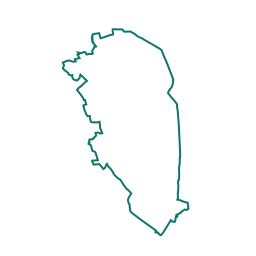 the district of Stroiesti, Suceava, Romania, rotated 197°
{"feature_id": "2599482B39658713506710", "entity_name": "Stroiesti", "entity_type": "district", "adm_level": 2, "iso_a3": "ROU", "parent_name": "Romania", "parent_adm1": "Suceava", "projection": "equal_earth", "projection_center": [26.132, 47.616], "detail": "fine", "context": "isolated", "style": "outline", "palette": "teal", "viewbox_px": 256, "rotation_deg": 197, "n_neighbors": 0, "source": "geoboundaries", "source_scale": "gbopen_adm2", "svg_char_len": 5604}
<svg xmlns="http://www.w3.org/2000/svg" viewBox="0 0 256 256"><g transform="rotate(197 128 128)"><path d="M127.0,214.5L130.7,215.5L131.5,215.5L134.3,216.2L138.3,217.1L140.5,217.8L143.6,218.1L145.8,218.6L146.4,218.7L147.8,219.4L148.5,219.7L149.8,220.1L150.8,220.3L151.9,220.5L153.8,220.9L154.5,220.8L157.1,219.9L158.8,219.3L160.0,219.0L160.7,219.6L161.5,220.1L162.1,220.5L162.4,220.5L163.3,220.4L166.9,219.2L168.2,218.9L171.3,218.1L171.5,217.8L171.5,217.5L169.8,213.6L169.6,213.1L172.7,211.4L173.4,210.8L174.5,210.0L177.5,207.8L180.5,205.8L183.3,210.2L185.9,209.0L189.1,207.3L189.1,207.2L189.1,206.9L188.9,206.7L189.1,205.8L189.2,205.6L189.1,205.3L189.0,205.2L189.1,204.8L188.7,204.5L188.6,204.3L188.5,204.2L188.8,204.0L188.9,203.7L188.9,203.4L188.9,203.2L188.7,203.0L188.5,202.5L188.3,202.4L188.2,202.5L187.9,202.5L187.6,202.0L187.6,201.7L187.7,201.3L187.7,201.2L187.8,201.1L187.7,200.9L187.4,201.0L187.1,200.7L187.3,200.3L187.3,200.1L187.2,200.0L187.1,199.9L186.8,200.0L186.6,199.9L186.6,199.7L186.4,199.2L186.0,199.0L183.6,197.5L182.3,196.5L182.4,196.4L182.8,196.3L183.1,196.2L183.3,196.1L183.5,196.2L183.7,196.4L183.9,196.4L184.0,196.3L184.0,196.0L184.0,195.8L183.8,195.2L183.9,194.5L184.2,193.5L184.6,191.6L184.7,190.9L184.7,190.7L184.5,190.3L183.5,189.1L183.7,188.6L183.9,188.3L184.2,188.1L185.4,187.9L187.2,187.4L188.2,186.6L188.8,186.3L189.2,186.2L190.2,187.4L190.6,187.7L191.0,187.8L191.3,187.9L192.0,187.9L192.3,187.8L192.7,187.4L192.9,187.2L193.5,186.8L194.3,186.4L194.7,186.0L195.0,185.8L195.3,185.7L195.8,185.7L197.9,185.6L196.5,184.2L197.7,183.3L194.8,180.7L198.9,178.2L197.5,176.4L199.5,175.5L200.2,175.3L203.9,175.3L204.4,175.3L204.6,175.2L205.0,175.0L206.5,173.9L209.4,171.6L207.9,169.8L207.7,169.5L207.5,168.9L207.5,168.7L207.5,168.4L207.7,167.7L207.7,167.2L207.7,166.8L207.5,165.8L206.7,165.3L206.0,165.0L205.4,164.6L205.2,164.6L204.4,164.5L204.2,164.4L203.7,164.1L202.6,163.7L201.9,163.3L201.1,163.0L201.0,162.8L200.9,162.4L200.7,162.2L200.2,161.9L198.9,161.6L198.0,161.5L197.6,161.8L196.7,162.3L196.5,161.6L195.7,159.7L195.3,159.2L194.2,158.6L193.3,158.4L191.3,158.5L190.8,158.8L190.6,158.6L190.0,159.4L189.1,161.3L189.0,162.1L189.1,165.1L181.0,161.1L181.0,160.9L181.2,160.6L181.6,160.3L182.3,159.4L183.1,157.7L184.3,155.9L184.7,155.0L185.7,153.4L186.6,152.4L187.0,151.7L187.3,151.0L187.9,149.4L187.3,149.2L183.9,146.7L181.3,144.8L179.3,143.0L178.3,141.7L177.3,142.2L174.8,138.4L176.8,137.1L177.2,136.4L177.2,136.2L176.3,134.7L176.0,134.1L175.0,132.7L174.2,131.7L172.9,130.2L171.9,128.9L170.4,127.7L170.1,127.5L168.2,128.4L167.6,127.3L166.6,125.2L166.1,124.3L165.4,123.4L165.2,123.0L164.2,123.0L162.9,123.2L162.3,123.4L161.5,123.8L160.8,123.8L160.0,124.0L158.9,124.5L157.0,125.6L155.4,121.9L155.1,120.9L154.8,120.3L154.6,119.8L151.1,115.5L153.0,114.5L155.0,115.0L156.1,114.6L157.2,113.8L157.6,113.7L156.2,111.5L157.4,109.4L157.4,108.7L157.8,108.1L158.2,107.4L158.5,107.6L158.9,106.6L159.6,106.3L160.3,106.1L161.4,105.9L161.4,104.7L161.3,102.9L160.5,102.7L161.1,101.3L158.4,100.6L158.3,100.4L155.5,95.9L152.6,95.5L152.3,95.4L151.9,95.0L147.4,88.4L152.7,86.3L152.6,85.9L150.2,83.0L144.7,85.1L139.5,81.6L139.1,82.2L138.3,83.3L138.2,83.5L138.1,86.1L137.6,87.4L136.9,86.6L136.0,85.9L135.1,85.1L133.8,84.5L132.7,83.9L131.8,83.2L130.7,82.2L130.0,81.8L129.6,81.6L129.1,81.1L128.3,79.9L127.5,79.3L126.1,78.5L124.1,77.5L123.3,77.1L120.9,76.5L120.0,76.1L119.6,75.8L118.7,75.1L118.1,74.4L117.7,74.1L115.9,72.6L115.4,72.0L113.5,70.9L112.7,70.1L111.9,69.5L111.2,69.2L110.2,68.9L109.1,68.4L107.3,67.4L106.1,66.6L105.8,66.4L106.1,65.0L106.4,63.6L106.7,62.5L106.9,60.9L107.1,59.9L107.1,59.7L107.0,59.4L106.4,57.8L105.6,56.7L105.2,56.1L104.5,55.6L104.0,55.1L103.4,53.1L103.0,52.5L102.6,51.9L102.3,51.2L102.1,50.7L102.0,50.1L101.1,48.8L100.3,48.3L97.7,47.3L87.9,43.7L87.4,43.6L83.9,42.4L81.4,41.5L76.4,39.9L74.7,39.3L72.9,38.6L72.0,38.4L71.4,38.2L71.2,37.8L71.5,37.3L71.4,37.1L71.3,36.7L71.3,36.3L71.2,36.2L70.9,36.2L70.8,36.3L70.8,36.5L70.7,36.7L70.3,36.7L69.8,36.5L69.2,36.9L68.7,36.8L68.4,36.3L68.2,36.2L67.7,36.1L67.2,35.6L66.3,35.2L65.9,35.2L65.2,35.1L64.5,36.6L64.3,37.1L63.6,38.7L63.0,41.3L60.7,49.9L60.1,52.4L58.9,51.8L58.3,51.5L57.9,51.4L57.3,51.5L56.9,51.6L56.8,51.8L55.6,52.2L56.2,57.1L55.3,57.2L55.0,57.6L55.0,58.3L56.2,59.0L52.7,62.5L52.8,62.9L51.5,64.7L50.9,65.4L50.2,66.5L48.3,66.7L48.0,66.8L47.6,67.0L47.4,67.4L47.2,67.9L46.9,68.3L46.6,68.5L47.5,70.6L49.1,74.0L52.3,73.8L53.1,73.8L53.5,73.9L54.3,73.8L55.3,73.9L57.4,74.2L59.9,73.9L59.9,74.2L59.8,74.9L59.8,75.2L59.9,75.6L59.8,76.2L59.9,76.4L60.4,77.4L60.6,78.2L60.8,78.7L61.2,79.8L61.2,80.3L61.4,81.0L61.5,81.8L61.7,82.8L61.9,83.5L62.6,86.2L62.7,86.7L62.9,87.2L63.5,89.1L63.6,89.3L64.1,89.8L64.2,90.0L64.3,90.3L64.3,90.5L64.4,91.0L64.5,91.4L64.4,92.1L64.2,92.3L64.1,92.7L64.3,93.0L64.5,93.4L64.6,93.6L64.4,93.9L64.2,94.2L64.5,95.2L64.8,96.1L64.9,96.5L65.1,97.2L65.2,97.7L65.5,98.5L66.2,101.0L66.7,102.2L67.4,104.1L67.5,104.4L67.6,105.1L67.6,105.6L67.6,105.9L67.8,106.4L67.8,106.8L68.2,108.9L68.2,109.1L68.8,111.5L69.5,113.1L69.4,113.8L69.6,114.8L70.3,117.5L71.0,119.8L73.1,125.6L73.6,127.2L74.5,129.6L77.4,137.6L78.7,141.4L81.4,148.7L82.3,150.8L85.0,157.8L85.5,158.9L86.0,160.2L86.1,160.5L86.6,161.0L86.8,161.5L87.8,163.9L87.7,164.5L88.1,165.0L89.0,165.8L93.6,169.0L93.9,169.2L94.3,169.1L100.0,173.2L99.9,174.5L99.7,175.8L98.3,179.6L98.1,181.0L98.0,182.0L98.2,184.1L98.7,187.2L99.1,187.2L99.3,187.8L99.5,188.3L100.1,189.2L106.6,197.5L106.9,197.9L107.0,198.0L107.8,198.9L109.0,200.7L109.7,201.4L110.4,202.3L114.5,207.0L118.7,212.3L119.0,212.4L119.7,212.7L121.6,213.3L127.0,214.5Z" fill="none" stroke="#0f766e" stroke-width="2"/></g></svg>